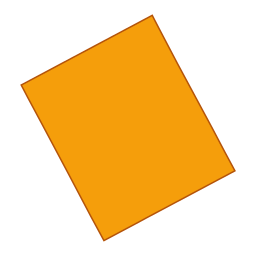 the district of Ngaanyatjarraku, Western Australia, Australia, rotated 62°
{"feature_id": "25037944B86885707589826", "entity_name": "Ngaanyatjarraku", "entity_type": "district", "adm_level": 2, "iso_a3": "AUS", "parent_name": "Australia", "parent_adm1": "Western Australia", "projection": "mercator", "projection_center": [128.838, -25.094], "detail": "fine", "context": "isolated", "style": "filled", "palette": "amber", "viewbox_px": 256, "rotation_deg": 62, "n_neighbors": 0, "source": "geoboundaries", "source_scale": "gbopen_adm2", "svg_char_len": 1805}
<svg xmlns="http://www.w3.org/2000/svg" viewBox="0 0 256 256"><g transform="rotate(62 128 128)"><path d="M216.1,168.3L216.0,153.0L216.0,84.7L216.0,70.7L216.0,53.7L195.0,53.8L167.9,53.7L94.1,54.1L73.3,54.0L55.0,53.9L44.7,53.8L39.9,53.7L39.9,97.1L39.9,141.9L39.9,202.1L53.8,202.2L84.2,202.1L112.5,202.1L140.8,202.1L188.7,202.3L199.8,202.2L216.1,202.1L216.1,201.1L216.1,200.9L216.1,200.7L216.1,200.3L216.1,200.2L216.1,199.9L216.1,199.7L216.1,199.3L216.1,199.1L216.1,198.9L216.1,198.6L216.1,198.4L216.1,198.2L216.1,197.8L216.1,197.6L216.1,197.4L216.1,197.2L216.1,196.8L216.1,196.6L216.1,196.2L216.1,195.8L216.1,195.6L216.1,195.4L216.1,195.2L216.1,192.9L216.1,192.7L216.1,192.3L216.1,192.1L216.1,191.9L216.1,191.7L216.1,191.3L216.1,191.1L216.1,190.9L216.1,190.7L216.1,190.3L216.1,190.1L216.1,189.9L216.1,189.7L216.1,189.4L216.1,189.2L216.1,188.8L216.1,188.6L216.1,188.4L216.1,188.2L216.1,187.8L216.1,187.6L216.1,187.4L216.1,187.2L216.1,186.0L216.1,185.8L216.1,185.6L216.1,185.4L216.1,185.2L216.1,184.8L216.1,184.6L216.1,184.3L216.1,184.1L216.1,183.8L216.1,183.7L216.1,183.3L216.1,183.1L216.1,182.9L216.1,182.7L216.1,182.3L216.1,182.1L216.1,181.9L216.1,181.7L216.1,181.4L216.1,181.1L216.1,180.9L216.1,180.7L216.1,180.3L216.1,180.1L216.1,179.9L216.1,179.7L216.1,179.2L216.1,178.8L216.1,178.6L216.1,178.4L216.1,178.2L216.1,177.8L216.1,177.6L216.1,177.4L216.1,176.3L216.1,176.2L216.1,175.9L216.1,175.7L216.1,175.4L216.1,175.2L216.1,174.8L216.1,174.6L216.1,174.4L216.1,174.2L216.1,173.7L216.1,173.3L216.1,173.2L216.1,172.8L216.1,172.7L216.1,172.3L216.1,172.1L216.1,171.9L216.1,171.7L216.1,171.3L216.1,171.1L216.1,170.9L216.1,170.7L216.1,170.3L216.1,170.1L216.1,169.9L216.1,169.7L216.1,169.3L216.1,169.1L216.1,168.9L216.1,168.7L216.1,168.3L216.1,168.3Z" fill="#f59e0b" stroke="#b45309" stroke-width="1.5"/></g></svg>